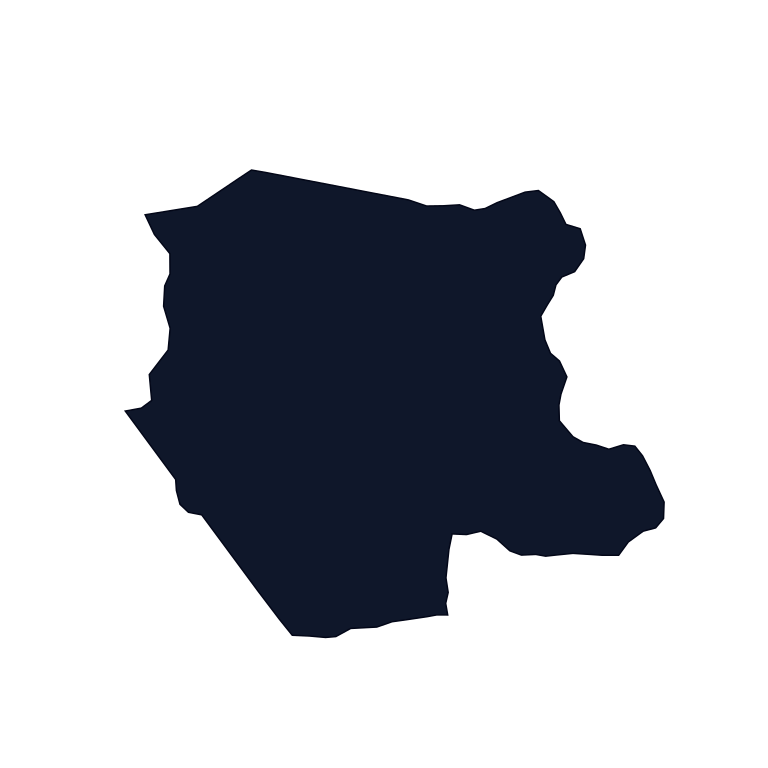 outline of Campo Limpo de Goiás, Goiás, Brazil, rotated 334°
{"feature_id": "56859067B68414338718028", "entity_name": "Campo Limpo de Goiás", "entity_type": "district", "adm_level": 2, "iso_a3": "BRA", "parent_name": "Brazil", "parent_adm1": "Goiás", "projection": "equal_earth", "projection_center": [-49.088, -16.284], "detail": "fine", "context": "isolated", "style": "filled", "palette": "ink", "viewbox_px": 768, "rotation_deg": 334, "n_neighbors": 0, "source": "geoboundaries", "source_scale": "gbopen_adm2", "svg_char_len": 1299}
<svg xmlns="http://www.w3.org/2000/svg" viewBox="0 0 768 768"><g transform="rotate(334 384 384)"><path d="M243.5,127.2L243.2,149.0L248.7,173.0L239.9,191.3L229.9,199.7L220.0,217.5L216.2,240.2L204.9,258.8L177.2,272.6L168.0,296.9L155.3,299.3L139.6,294.9L154.9,378.5L150.7,388.8L147.9,402.7L152.0,413.6L162.8,421.7L180.0,514.9L186.9,549.8L191.4,569.6L206.3,577.7L220.4,586.2L230.0,589.9L246.9,589.1L271.0,599.3L287.0,601.2L300.8,605.7L321.0,612.1L330.0,614.6L340.0,619.5L343.3,608.2L350.3,599.5L354.7,585.4L369.8,561.2L379.5,548.6L392.2,555.5L406.4,558.7L417.4,572.8L424.0,589.1L432.5,598.0L445.7,603.7L453.8,609.6L463.0,612.9L479.5,619.0L495.2,627.9L505.1,633.6L519.8,640.8L534.3,633.1L552.4,629.9L565.1,632.4L576.3,627.4L584.0,612.9L584.4,593.6L585.3,578.5L584.9,561.9L582.2,549.8L572.6,543.6L557.5,541.2L548.1,532.0L537.3,523.8L530.7,514.2L525.5,493.9L532.0,479.6L538.6,470.7L551.5,457.8L551.8,440.3L547.1,429.4L548.0,414.8L554.6,391.8L565.6,384.4L575.0,378.5L582.0,370.3L590.7,365.8L604.6,366.6L618.4,358.9L626.0,347.5L628.4,330.5L617.5,320.3L617.5,307.5L616.6,294.6L607.6,277.8L594.9,273.4L565.1,270.6L551.8,270.6L541.4,267.4L530.5,256.1L515.6,249.9L500.3,242.7L486.7,229.3L370.1,141.8L358.7,133.6L343.6,135.6L294.1,142.5L243.5,127.2Z" fill="#0f172a" stroke="#020617" stroke-width="1.5"/></g></svg>